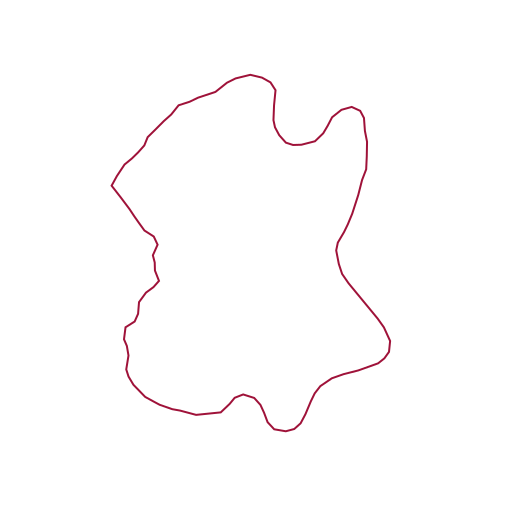 Boracéia, São Paulo, Brazil, rotated 24°
{"feature_id": "56859067B36731884931019", "entity_name": "Boracéia", "entity_type": "district", "adm_level": 2, "iso_a3": "BRA", "parent_name": "Brazil", "parent_adm1": "São Paulo", "projection": "natural_earth1", "projection_center": [-48.79, -22.168], "detail": "fine", "context": "isolated", "style": "outline", "palette": "rose", "viewbox_px": 512, "rotation_deg": 24, "n_neighbors": 0, "source": "geoboundaries", "source_scale": "gbopen_adm2", "svg_char_len": 1400}
<svg xmlns="http://www.w3.org/2000/svg" viewBox="0 0 512 512"><g transform="rotate(24 256 256)"><path d="M124.0,149.8L121.0,161.2L116.9,170.3L112.6,181.6L108.7,191.5L109.0,200.4L106.2,209.2L103.0,217.3L98.7,225.9L96.4,239.5L95.5,250.5L109.0,257.7L121.2,264.5L128.6,269.2L135.1,273.1L143.7,278.1L154.7,279.8L161.5,285.7L161.5,297.3L166.1,303.1L169.6,310.4L177.5,318.2L175.0,326.1L170.4,334.2L167.9,345.7L171.8,356.8L171.8,365.2L165.8,374.2L169.3,385.8L174.6,390.7L180.0,398.8L183.6,412.4L188.6,418.0L196.4,423.5L212.1,429.8L221.7,430.6L228.5,431.1L241.8,430.0L249.5,428.1L265.9,425.5L287.4,413.2L292.1,401.8L294.2,394.2L300.6,387.7L312.1,386.4L320.6,390.2L327.1,395.9L334.2,403.1L343.1,406.9L354.5,404.0L361.3,398.5L364.8,390.7L365.5,380.5L365.2,366.5L365.5,357.6L367.7,348.7L375.0,336.9L384.1,328.3L395.9,319.0L411.2,304.4L414.9,297.3L416.5,289.5L413.1,279.1L401.9,269.2L392.6,263.7L351.7,243.3L342.0,237.4L334.9,229.6L327.0,218.3L325.3,210.5L326.7,198.3L327.0,189.7L326.7,178.2L324.6,158.7L322.0,143.5L321.4,132.0L316.7,120.0L311.0,106.5L304.6,97.4L298.5,86.0L292.1,81.0L282.8,80.9L274.6,87.7L269.1,98.3L268.5,108.0L267.5,116.6L263.2,127.2L252.2,135.9L244.7,139.5L237.2,140.3L228.1,136.2L221.0,130.7L216.7,124.8L211.2,111.0L206.4,96.6L198.6,91.5L188.9,90.6L177.1,92.8L165.1,102.1L159.0,109.5L152.2,122.6L138.7,134.9L132.6,142.1L124.0,149.8Z" fill="none" stroke="#9f1239" stroke-width="2"/></g></svg>